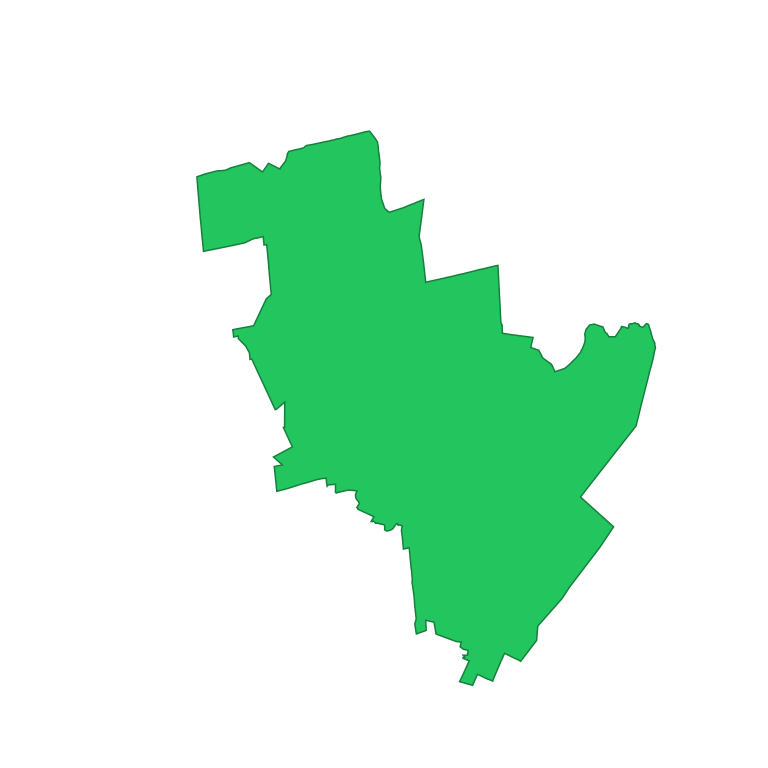 Tumbalá, Chiapas, Mexico, rotated 215°
{"feature_id": "50627088B92638751100187", "entity_name": "Tumbalá", "entity_type": "district", "adm_level": 2, "iso_a3": "MEX", "parent_name": "Mexico", "parent_adm1": "Chiapas", "projection": "natural_earth1", "projection_center": [-92.267, 17.308], "detail": "fine", "context": "isolated", "style": "filled", "palette": "green", "viewbox_px": 768, "rotation_deg": 215, "n_neighbors": 0, "source": "geoboundaries", "source_scale": "gbopen_adm2", "svg_char_len": 6111}
<svg xmlns="http://www.w3.org/2000/svg" viewBox="0 0 768 768"><g transform="rotate(215 384 384)"><path d="M656.1,446.4L654.9,444.9L652.6,442.1L651.5,440.9L650.5,439.5L645.9,434.1L644.8,432.7L643.7,431.4L640.3,427.3L638.1,424.6L636.9,423.3L635.8,421.9L634.7,420.6L630.9,416.0L626.4,410.8L624.1,408.1L623.0,406.8L621.9,405.5L620.5,403.8L618.0,400.9L616.9,399.5L614.6,397.0L607.9,389.1L606.3,390.9L602.7,394.6L600.7,396.7L596.7,400.9L595.6,402.1L592.8,405.0L591.7,406.2L590.6,407.3L589.5,408.6L588.2,409.8L586.8,411.4L579.9,418.8L579.1,419.8L578.1,421.3L577.4,422.9L576.4,424.3L575.6,425.9L573.8,428.7L570.8,431.6L567.5,435.5L563.9,431.3L562.9,430.2L562.1,429.0L560.0,430.8L558.8,429.4L557.5,427.9L552.2,421.7L547.6,416.3L541.1,408.4L539.0,406.0L536.1,402.5L527.7,392.7L529.3,386.4L524.2,356.9L536.9,344.0L539.0,341.7L536.8,339.4L534.1,336.2L531.1,339.6L529.2,337.6L518.8,335.7L512.1,332.3L507.9,327.3L506.6,328.6L495.8,322.3L458.4,300.6L458.0,301.3L457.7,301.4L454.9,312.2L441.3,292.5L440.9,292.2L440.6,291.8L441.5,290.7L423.0,279.9L432.7,260.8L420.9,259.4L422.1,258.0L426.6,253.5L415.9,241.2L413.7,238.6L410.2,234.6L406.8,238.6L402.8,243.4L398.4,249.1L394.4,254.5L390.3,259.3L385.5,265.5L383.7,267.6L380.4,271.1L377.3,273.6L375.0,270.8L371.9,267.7L371.9,269.3L366.1,274.1L364.9,272.1L363.5,270.3L362.0,267.8L361.0,267.2L360.7,267.3L360.4,267.4L360.0,268.0L359.8,268.8L358.9,269.4L355.1,273.7L352.4,276.6L347.3,279.6L344.8,280.9L344.3,278.5L343.7,276.7L342.7,275.5L341.0,274.0L338.5,273.3L335.7,272.2L335.4,267.6L335.4,267.2L334.5,267.2L333.5,266.4L316.2,269.5L315.7,264.2L315.6,264.3L314.8,264.3L314.1,265.4L313.4,265.8L312.1,265.3L310.9,265.1L309.4,266.4L307.5,266.9L305.7,267.6L304.6,268.3L303.0,268.8L301.1,267.0L299.9,264.9L297.8,265.0L296.0,266.5L294.3,269.0L293.7,271.0L293.8,274.3L293.6,276.5L293.1,277.3L292.7,277.6L291.9,276.6L291.4,276.4L290.7,277.4L289.2,277.8L287.8,278.3L285.7,274.0L281.6,269.5L279.9,267.5L278.7,266.3L277.2,264.4L273.4,259.9L272.6,260.8L271.7,261.7L270.4,263.3L269.5,264.3L264.5,258.6L262.6,256.2L261.5,255.0L256.4,249.0L254.4,246.9L248.6,240.0L247.3,237.7L246.6,236.9L245.7,235.9L244.6,234.9L244.0,234.3L243.7,233.9L237.3,227.0L232.5,221.0L223.0,210.2L221.1,205.0L214.1,197.8L208.1,206.4L214.3,214.4L206.4,217.6L198.0,209.1L196.1,209.5L181.2,213.4L177.7,214.3L177.4,214.4L172.6,216.9L171.2,213.2L171.0,212.4L169.8,212.4L166.8,212.2L162.6,214.0L161.2,212.3L161.1,211.2L160.3,210.6L160.1,210.1L160.2,209.6L163.7,207.2L162.7,206.9L162.3,207.1L162.1,207.1L161.4,207.0L161.1,206.5L161.2,206.1L161.7,205.8L162.0,205.5L162.3,205.2L162.2,205.1L161.9,204.6L159.3,205.2L155.4,206.1L153.4,195.4L152.4,189.9L151.4,183.5L138.6,188.0L140.9,199.7L138.3,200.3L137.1,200.5L135.5,200.7L130.0,201.7L128.3,202.2L126.6,202.6L124.5,203.0L125.3,205.9L126.4,210.9L129.3,224.4L129.4,225.0L129.6,226.5L129.8,227.5L130.0,228.5L130.8,232.5L127.5,233.0L126.8,233.2L123.0,233.7L119.0,234.4L115.4,235.1L113.0,235.2L111.9,261.5L119.2,273.9L115.3,308.3L115.1,311.0L115.5,324.1L113.5,373.8L114.0,398.7L158.3,404.1L153.5,494.2L156.9,503.2L161.3,514.3L171.2,540.6L173.3,545.9L175.2,551.3L176.4,554.7L177.9,558.4L178.3,559.5L179.4,562.1L179.7,562.8L179.9,563.3L180.8,564.9L181.8,567.8L182.5,569.5L183.7,570.6L184.5,571.2L185.3,572.5L186.0,572.9L186.5,573.4L187.3,573.8L188.4,574.1L188.9,574.6L189.4,575.0L190.0,575.2L190.3,575.6L193.0,577.8L193.7,578.1L194.7,579.3L195.4,579.7L195.7,580.2L197.1,581.0L201.2,584.3L201.5,584.5L202.1,584.4L202.4,584.4L203.0,584.2L203.3,584.1L203.8,583.7L204.0,583.2L204.1,582.4L204.0,581.8L204.2,580.9L204.1,579.9L204.2,579.5L205.1,578.8L205.5,578.5L206.1,578.3L206.7,578.3L207.3,578.0L208.0,577.9L208.6,578.0L208.6,578.6L209.1,578.8L210.1,578.9L210.5,579.0L210.8,578.8L211.2,578.3L211.2,578.1L212.3,578.1L212.9,578.2L213.4,578.2L213.6,578.0L214.0,577.4L215.1,575.9L215.7,575.3L216.0,575.2L216.1,574.9L216.5,574.8L216.9,574.5L217.2,573.8L217.3,573.8L217.3,573.4L217.3,573.0L217.2,572.1L216.9,571.6L216.2,571.1L216.0,570.8L215.8,570.3L215.9,570.0L216.2,569.7L216.3,569.5L216.6,569.5L216.7,569.3L217.0,569.3L217.5,569.0L218.4,569.0L219.1,568.9L219.5,568.6L219.8,568.5L220.1,568.3L220.7,568.2L221.5,567.8L222.3,567.5L222.2,566.3L221.8,564.9L221.8,562.9L221.6,555.4L221.9,555.1L222.1,555.0L222.9,554.5L223.1,554.2L224.0,553.8L225.5,552.7L226.9,551.6L230.3,553.2L232.5,553.3L237.4,556.3L240.6,555.2L246.1,553.7L249.4,550.2L249.8,544.4L248.1,539.9L246.0,537.6L244.7,535.7L244.1,534.7L243.7,533.8L242.4,529.8L242.3,528.5L241.7,526.8L241.8,524.9L241.5,524.0L241.1,522.8L241.2,521.8L241.4,519.5L241.4,518.2L241.6,516.9L241.5,516.2L242.6,510.5L243.2,507.0L244.2,502.6L244.9,500.4L251.1,492.0L253.8,493.8L256.3,495.3L258.3,496.2L268.9,496.4L276.4,500.4L284.6,498.1L285.7,500.4L288.6,507.6L308.3,497.3L316.1,493.5L321.4,500.4L323.2,501.0L358.7,546.5L360.1,545.1L363.2,541.6L369.1,534.9L371.0,532.9L372.3,531.6L372.6,531.2L373.3,530.3L374.9,528.3L378.0,524.8L380.6,521.9L381.8,520.4L383.8,518.2L385.6,516.3L388.4,513.0L391.0,510.1L392.7,508.4L395.6,505.0L398.1,502.4L399.1,501.2L403.6,496.4L404.4,495.5L407.2,492.4L408.2,491.2L410.7,494.2L411.7,495.2L416.2,500.4L417.4,501.9L417.9,502.3L420.6,505.4L428.2,513.8L430.1,515.8L431.1,516.9L433.4,519.4L439.8,524.8L448.6,541.8L457.2,558.1L466.7,543.6L469.6,538.9L470.5,537.9L478.2,527.6L484.0,528.2L492.3,534.2L493.9,536.2L495.8,538.1L500.5,543.8L503.0,548.1L505.6,552.1L507.5,553.8L511.4,558.4L512.5,560.1L514.0,562.7L516.5,565.6L518.7,568.2L520.4,570.0L521.9,571.4L524.3,574.5L528.2,578.5L530.6,579.5L532.2,580.2L535.7,581.3L537.6,581.8L540.8,582.9L541.1,582.7L544.2,579.6L550.2,572.5L554.1,568.1L555.7,566.6L557.1,564.8L558.8,562.7L560.0,561.0L561.2,559.5L563.5,557.4L563.9,556.6L565.1,555.2L567.8,552.4L568.8,551.0L569.6,550.4L571.4,548.4L575.2,544.3L576.6,542.8L578.2,541.2L579.2,540.0L579.6,539.6L584.3,534.9L584.8,533.6L585.3,531.2L589.9,526.1L595.4,519.9L595.1,516.7L594.7,516.5L593.9,514.4L592.5,510.3L592.9,501.8L592.5,500.4L605.2,498.5L605.1,488.0L621.3,488.1L633.7,472.9L635.2,470.3L636.0,469.0L636.9,467.8L641.2,464.1L641.7,463.9L642.4,463.3L644.3,461.3L650.8,453.7L656.1,446.4Z" fill="#22c55e" stroke="#15803d" stroke-width="1.5"/></g></svg>